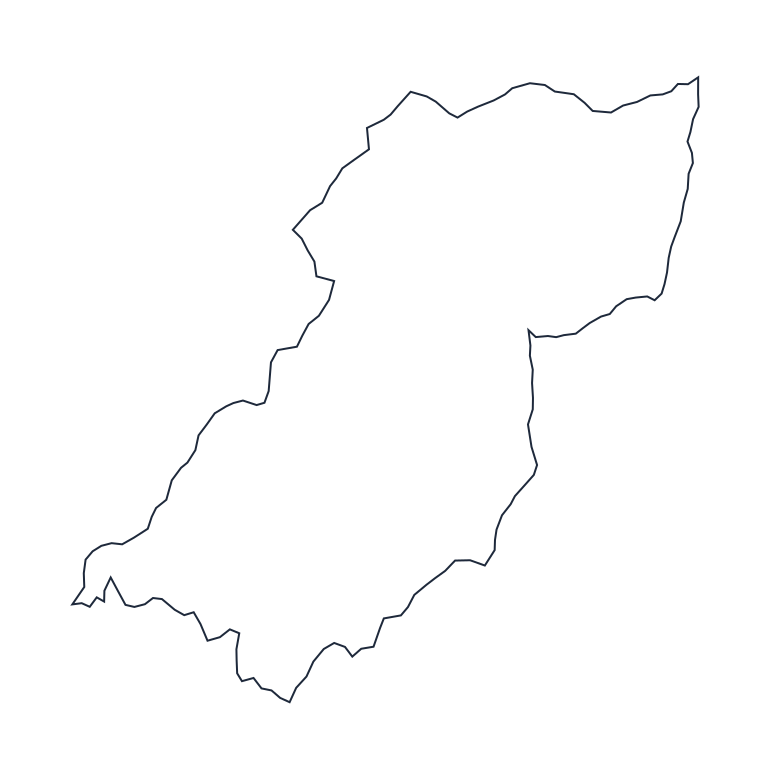 Meridiano, São Paulo, Brazil, rotated 3°
{"feature_id": "56859067B90644311999946", "entity_name": "Meridiano", "entity_type": "district", "adm_level": 2, "iso_a3": "BRA", "parent_name": "Brazil", "parent_adm1": "São Paulo", "projection": "equal_earth", "projection_center": [-50.192, -20.403], "detail": "fine", "context": "isolated", "style": "outline", "palette": "slate", "viewbox_px": 768, "rotation_deg": 3, "n_neighbors": 0, "source": "geoboundaries", "source_scale": "gbopen_adm2", "svg_char_len": 2248}
<svg xmlns="http://www.w3.org/2000/svg" viewBox="0 0 768 768"><g transform="rotate(3 384 384)"><path d="M84.3,620.4L93.6,618.7L101.8,621.9L108.3,612.1L115.9,615.9L115.6,605.1L121.2,591.5L129.3,604.9L137.4,618.1L146.4,619.7L156.8,616.4L164.5,609.8L173.5,610.4L180.3,615.5L186.8,620.4L196.6,625.3L205.9,621.9L213.3,633.3L221.2,649.6L233.4,645.4L242.9,637.1L252.5,640.5L250.5,656.6L251.3,667.7L252.5,680.6L257.7,688.2L269.1,684.4L277.6,694.4L287.7,695.9L296.7,702.9L306.4,706.7L312.2,692.0L321.9,680.2L328.0,664.9L337.7,651.8L347.8,645.2L358.8,648.6L366.6,657.9L375.1,649.6L387.3,646.9L392.8,628.0L396.1,618.1L413.0,614.2L419.6,605.5L425.3,593.0L437.0,582.2L445.2,575.2L454.9,567.4L464.2,556.6L479.2,555.5L494.2,560.0L503.2,544.1L503.0,533.9L504.0,523.5L508.7,508.9L516.8,497.4L520.6,489.1L531.0,476.2L538.4,466.9L541.1,456.9L534.6,439.1L529.9,416.8L533.9,401.5L533.5,390.1L531.8,375.3L531.8,361.9L528.2,348.1L528.2,337.9L525.5,322.7L533.1,329.2L545.2,327.5L553.5,328.2L561.0,325.8L572.9,323.7L579.7,317.8L586.3,312.3L597.2,305.3L605.8,302.3L611.8,294.2L621.9,286.6L630.9,284.5L642.3,282.8L649.9,286.2L656.5,279.2L658.9,269.6L660.8,257.8L661.7,243.1L663.6,231.7L666.5,222.3L671.8,206.0L673.9,187.1L677.1,173.3L677.2,158.1L680.9,147.2L679.4,137.1L674.4,126.0L676.8,116.3L678.8,103.3L683.7,90.8L682.5,78.1L681.7,61.3L671.9,68.7L661.8,69.0L655.6,76.6L647.2,80.2L634.9,81.9L621.9,89.1L608.2,93.4L596.5,101.0L578.1,100.4L569.6,92.7L558.4,84.7L550.7,84.0L539.3,83.0L529.0,77.0L514.0,76.0L496.6,81.9L489.7,88.5L478.7,95.1L463.4,102.1L452.8,107.6L443.5,114.1L435.0,110.3L420.9,99.3L411.6,94.6L395.3,90.8L383.1,105.9L376.5,114.6L370.0,120.1L353.6,129.2L356.7,150.4L342.2,161.9L331.1,170.8L325.5,181.2L319.8,189.2L312.8,206.2L301.1,214.3L284.9,234.8L294.2,243.1L300.8,254.6L308.1,265.4L310.9,280.0L328.8,283.8L324.7,302.9L315.4,319.3L305.6,328.0L299.9,340.0L295.1,351.3L276.0,355.7L270.0,368.3L269.2,397.1L265.6,409.0L257.9,411.7L244.0,407.9L234.6,410.9L227.7,414.5L216.5,422.1L209.2,433.6L201.5,445.0L199.1,459.9L191.8,472.8L185.7,478.3L177.1,491.3L172.7,511.0L162.9,519.7L159.0,528.8L155.7,540.9L142.2,550.6L130.9,557.8L120.3,557.2L110.2,560.4L101.8,566.3L95.2,575.0L94.1,588.6L95.3,602.4L84.3,620.4Z" fill="none" stroke="#1e293b" stroke-width="2"/></g></svg>